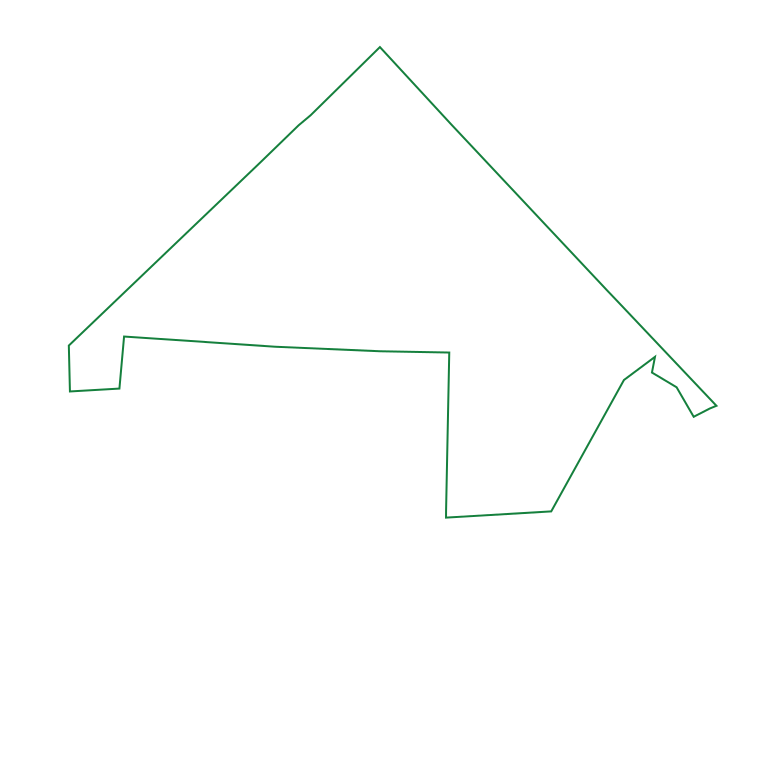 St. Francois, Missouri, United States of America (Equal Earth projection), rotated 136°
{"feature_id": "52423323B29286377635453", "entity_name": "St. Francois", "entity_type": "district", "adm_level": 2, "iso_a3": "USA", "parent_name": "United States of America", "parent_adm1": "Missouri", "projection": "equal_earth", "projection_center": [-90.477, 37.859], "detail": "fine", "context": "isolated", "style": "outline", "palette": "green", "viewbox_px": 768, "rotation_deg": 136, "n_neighbors": 0, "source": "geoboundaries", "source_scale": "gbopen_adm2", "svg_char_len": 466}
<svg xmlns="http://www.w3.org/2000/svg" viewBox="0 0 768 768"><g transform="rotate(136 384 384)"><path d="M155.3,524.8L152.9,629.2L250.0,628.3L265.7,629.4L320.0,629.3L584.0,630.6L615.1,596.8L577.5,564.5L538.0,598.7L436.4,486.4L364.0,410.2L315.2,361.3L427.5,249.6L432.2,244.8L352.2,176.2L208.6,220.2L170.2,215.3L183.3,206.1L175.8,178.4L184.0,145.3L166.8,140.1L160.0,137.4L158.6,280.7L158.5,296.9L155.3,524.8Z" fill="none" stroke="#15803d" stroke-width="2"/></g></svg>